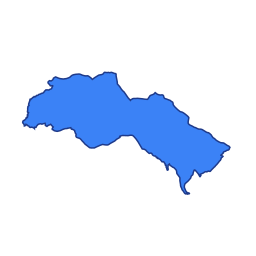 the district of Vadu Izei, Maramures, Romania, rotated 14°
{"feature_id": "2599482B57723077466528", "entity_name": "Vadu Izei", "entity_type": "district", "adm_level": 2, "iso_a3": "ROU", "parent_name": "Romania", "parent_adm1": "Maramures", "projection": "equal_earth", "projection_center": [23.953, 47.876], "detail": "fine", "context": "isolated", "style": "filled", "palette": "blue", "viewbox_px": 256, "rotation_deg": 14, "n_neighbors": 0, "source": "geoboundaries", "source_scale": "gbopen_adm2", "svg_char_len": 5761}
<svg xmlns="http://www.w3.org/2000/svg" viewBox="0 0 256 256"><g transform="rotate(14 128 128)"><path d="M90.8,154.3L92.0,154.8L95.3,156.3L95.7,156.4L97.4,156.2L100.3,155.4L101.8,154.1L104.4,152.1L105.0,151.6L107.3,150.1L109.9,149.9L111.0,149.7L112.0,149.5L112.8,149.1L113.3,148.7L114.5,147.3L118.3,143.8L119.6,141.8L122.3,139.2L122.4,138.8L122.5,138.6L122.0,138.1L122.2,137.8L124.4,136.6L129.9,135.4L132.1,134.4L133.6,134.1L134.5,134.2L135.4,134.6L138.2,136.5L141.1,139.0L146.9,144.9L148.8,144.7L150.5,145.1L151.9,146.1L154.6,147.5L154.9,147.5L155.9,146.9L156.4,146.8L157.3,147.0L158.0,147.9L158.9,148.5L159.7,148.7L160.5,148.8L161.5,148.6L162.0,148.9L162.5,149.6L162.7,149.8L163.3,149.7L163.5,149.5L163.9,149.8L163.9,150.3L164.0,150.4L164.7,150.1L165.5,150.5L166.7,150.7L167.8,151.5L169.1,152.5L169.3,152.6L170.4,152.2L170.8,152.2L171.1,152.4L171.9,153.2L172.4,153.4L172.6,153.6L172.7,154.0L173.3,155.1L173.6,155.2L174.0,155.0L174.5,156.8L174.8,157.2L175.2,157.4L175.3,157.6L175.4,158.0L175.8,158.7L176.2,159.3L176.4,159.4L176.8,159.2L177.0,158.9L177.0,158.5L176.9,158.0L176.5,157.4L176.3,156.6L175.9,154.3L176.6,153.2L176.9,152.9L177.8,154.1L178.4,154.2L180.9,155.2L181.9,155.3L182.9,155.8L184.6,156.9L185.2,157.5L185.9,158.9L186.2,159.9L186.7,160.6L190.1,163.4L190.5,164.0L191.1,166.6L192.5,169.8L193.0,171.3L193.5,172.2L194.3,173.1L195.5,174.9L196.8,175.8L198.6,177.5L199.7,178.0L200.2,177.4L201.4,177.9L201.9,177.6L203.3,177.0L203.4,176.6L203.1,176.4L201.2,176.3L200.3,175.9L199.4,175.2L198.5,174.0L197.1,172.1L196.7,170.6L196.7,169.0L196.8,168.4L198.0,166.5L198.8,165.5L199.9,163.5L200.9,161.5L201.0,159.5L201.3,158.9L202.1,157.8L202.2,157.4L202.1,154.9L202.3,154.2L202.3,153.2L202.4,152.9L202.6,152.7L203.1,152.6L203.5,152.8L204.9,153.7L207.2,155.4L209.4,157.7L209.6,157.8L209.8,157.7L210.2,156.3L209.4,155.4L212.0,153.4L213.2,152.0L214.2,151.5L215.1,151.5L216.3,150.4L218.0,150.3L218.4,150.0L219.1,148.5L220.6,146.0L220.9,145.4L221.7,144.4L222.0,143.5L223.0,141.9L223.8,140.1L224.0,139.9L224.7,138.0L225.4,137.1L225.8,135.3L225.6,134.7L225.7,134.4L226.6,133.4L227.0,132.5L226.4,132.3L224.8,132.0L224.9,131.4L225.4,131.0L226.5,129.2L226.3,129.0L226.3,128.7L226.8,127.9L227.6,127.3L228.2,127.0L229.4,125.7L230.7,125.1L231.2,124.5L231.4,123.8L231.3,123.2L231.5,122.7L231.6,122.1L230.3,121.2L228.6,120.9L224.5,119.4L221.5,119.8L219.8,119.5L217.6,118.9L215.9,118.2L214.7,117.4L212.8,116.8L211.5,115.7L210.3,114.5L208.4,113.5L207.2,113.1L206.4,113.2L205.2,113.1L200.5,111.6L199.1,111.5L196.6,112.0L196.0,111.8L194.9,111.7L193.6,111.3L192.2,111.3L189.8,110.6L187.6,110.2L186.4,109.8L185.4,109.0L185.2,108.7L184.8,107.0L184.6,103.8L184.5,103.2L184.1,102.8L183.2,102.2L181.9,101.5L179.5,100.4L177.5,99.7L176.5,99.5L175.0,99.5L174.4,99.4L171.6,98.1L168.2,96.1L166.9,95.1L166.2,94.4L165.7,93.0L165.4,92.6L164.9,92.0L164.2,91.9L161.8,90.9L161.5,91.0L158.6,90.6L156.2,90.4L155.4,89.5L154.7,88.2L154.3,87.8L153.7,87.6L153.0,87.6L151.3,88.2L150.1,88.3L148.4,88.2L145.8,87.1L145.1,88.5L144.2,89.4L142.1,90.8L141.6,91.3L140.1,95.4L140.0,95.5L137.1,96.0L134.8,96.2L130.1,96.9L128.0,97.6L127.0,97.8L126.1,98.1L125.2,98.6L124.8,99.2L124.2,99.6L123.9,100.0L123.7,100.6L120.8,98.7L117.1,95.4L115.2,93.8L113.9,93.2L112.0,91.8L110.0,89.9L107.0,87.8L106.5,86.1L103.8,80.2L103.5,78.9L103.0,78.2L101.6,78.3L98.9,78.0L98.5,78.0L97.3,78.5L96.8,78.8L95.4,78.8L94.4,79.3L91.9,79.6L91.5,79.9L90.7,81.6L90.3,82.0L89.4,82.6L87.8,83.3L86.8,83.8L83.1,87.6L82.4,88.6L81.6,89.5L81.0,89.0L79.8,88.3L77.1,87.2L76.3,87.1L74.3,87.7L73.3,87.8L71.2,87.8L69.3,87.5L68.3,87.4L67.4,87.5L64.4,88.5L62.4,89.4L61.5,90.0L60.8,90.6L59.9,91.8L59.5,92.5L58.5,93.5L56.5,94.8L55.8,95.2L55.0,95.4L53.8,96.0L52.1,96.3L49.9,96.5L48.4,96.4L45.7,96.0L45.3,96.0L43.6,97.7L43.5,99.0L43.2,99.6L42.2,100.8L41.8,101.0L40.5,101.0L40.2,101.3L39.7,101.9L39.3,102.7L39.4,103.3L39.6,103.7L40.2,104.2L41.4,104.8L42.3,105.8L42.7,105.8L43.2,105.7L44.3,105.2L44.6,105.2L44.8,105.3L44.8,105.6L44.4,107.2L44.4,108.1L44.3,108.4L42.6,109.6L42.0,110.3L40.6,110.5L39.1,110.9L38.1,112.5L37.6,113.9L37.2,114.4L36.7,114.9L35.5,115.4L34.9,116.2L33.5,116.9L33.3,117.1L32.7,118.0L32.3,118.3L31.6,118.4L31.0,119.1L30.8,119.9L30.4,120.1L29.6,120.1L29.2,120.2L29.1,120.5L29.1,121.0L28.2,121.4L27.6,122.6L27.0,123.0L26.9,123.5L26.3,123.7L26.1,123.8L26.4,124.3L26.0,124.5L26.1,125.4L25.9,127.1L25.9,127.6L25.8,128.6L25.8,129.0L26.5,130.2L25.9,130.9L25.7,131.4L25.9,132.3L25.8,132.8L26.3,134.7L26.5,136.6L26.6,136.8L27.0,137.1L27.6,137.0L27.8,137.1L27.5,138.3L27.5,138.7L27.2,139.1L27.2,139.3L27.4,139.2L27.6,139.3L27.7,140.2L27.9,140.4L27.9,140.6L27.5,140.8L27.4,141.3L27.5,141.8L27.8,142.2L26.8,142.7L26.7,142.8L26.9,143.1L26.9,143.4L26.7,143.6L26.3,144.5L25.8,145.2L25.6,145.6L25.4,145.8L25.1,145.9L24.7,146.1L24.5,146.7L24.4,147.5L24.4,147.9L24.6,148.1L24.8,148.6L25.3,148.9L26.7,150.1L26.7,150.7L26.9,151.1L27.4,150.6L28.1,150.4L28.1,149.1L29.1,149.3L30.1,150.0L31.1,150.1L31.6,150.3L32.0,150.8L32.7,151.1L33.4,151.0L33.7,150.8L33.8,150.6L34.9,150.5L35.6,150.5L36.0,150.7L37.0,150.9L37.3,151.1L37.1,150.4L37.1,149.9L38.0,149.8L38.6,149.6L38.8,148.4L40.0,146.1L41.9,145.1L42.3,145.0L43.6,145.1L44.1,144.7L46.4,143.5L47.0,144.6L47.2,145.5L48.3,145.9L48.6,145.8L49.0,146.0L50.1,144.6L51.4,143.8L52.1,143.1L54.5,144.8L55.2,145.1L54.6,146.7L54.7,147.5L54.9,147.8L55.2,147.9L56.0,147.8L56.8,148.4L57.6,148.5L59.8,148.4L60.3,148.3L62.8,147.0L65.0,145.2L67.0,143.9L69.1,143.2L69.3,142.9L69.9,142.7L72.4,141.5L73.0,142.5L73.4,142.8L73.8,142.8L74.4,142.6L74.7,142.8L75.6,142.9L76.7,143.4L77.0,143.6L77.2,144.4L77.8,145.0L78.4,146.1L79.0,146.4L79.2,146.6L79.3,148.1L79.6,148.8L80.1,149.3L80.5,149.5L82.3,149.7L83.5,149.7L84.6,150.2L85.4,150.7L87.3,152.1L88.0,152.4L90.0,153.9L90.8,154.3Z" fill="#3b82f6" stroke="#1e3a8a" stroke-width="1.5"/></g></svg>